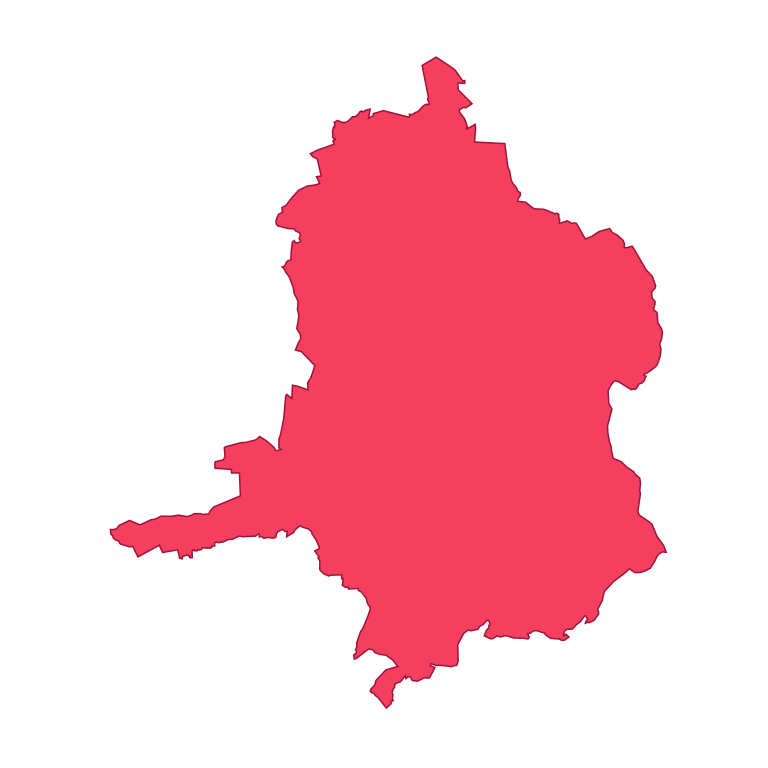 outline of Moinesti, Bacau, Romania, rotated 177°
{"feature_id": "2599482B46572722657661", "entity_name": "Moinesti", "entity_type": "district", "adm_level": 2, "iso_a3": "ROU", "parent_name": "Romania", "parent_adm1": "Bacau", "projection": "mercator", "projection_center": [26.472, 46.47], "detail": "fine", "context": "isolated", "style": "filled", "palette": "rose", "viewbox_px": 768, "rotation_deg": 177, "n_neighbors": 0, "source": "geoboundaries", "source_scale": "gbopen_adm2", "svg_char_len": 6131}
<svg xmlns="http://www.w3.org/2000/svg" viewBox="0 0 768 768"><g transform="rotate(177 384 384)"><path d="M479.6,506.2L477.7,504.2L476.3,501.0L472.9,495.6L469.6,485.1L468.9,478.9L465.9,472.3L465.6,469.6L466.6,462.8L465.7,458.9L465.6,455.6L468.2,443.8L464.9,437.8L464.8,433.5L467.3,429.8L470.7,422.5L464.8,420.7L452.1,406.0L456.5,394.5L460.2,389.3L460.1,382.1L470.2,386.2L475.5,387.6L476.8,374.4L481.7,378.7L482.8,377.0L486.0,354.5L489.9,339.2L491.8,334.6L492.3,325.7L489.9,324.0L495.5,323.0L497.0,326.2L499.8,329.1L504.5,333.5L511.0,338.1L514.3,335.2L516.4,334.6L525.2,332.9L529.9,332.9L545.5,329.6L546.8,328.8L546.6,319.5L548.5,316.7L556.5,315.2L557.1,313.6L557.2,308.7L540.9,306.7L540.9,303.1L533.0,302.8L533.3,279.8L560.6,270.1L564.3,266.3L565.9,263.3L572.1,263.3L574.5,264.2L580.6,264.4L583.2,263.0L587.6,261.9L596.1,263.8L603.9,263.0L613.4,263.7L619.3,261.1L624.1,260.5L635.1,256.1L645.2,261.1L655.9,256.7L658.2,253.9L659.4,253.3L662.3,252.7L664.8,253.1L664.8,248.5L662.6,246.4L662.6,244.6L660.2,242.3L657.3,241.2L656.2,238.6L655.2,237.9L646.3,234.6L643.5,235.1L638.8,224.2L616.8,234.7L613.9,227.3L598.7,229.2L597.2,220.7L594.6,220.0L594.1,222.5L588.3,223.7L588.3,222.5L587.0,222.5L587.0,220.7L584.5,220.6L584.5,227.2L583.7,227.3L583.6,228.4L582.2,228.3L581.7,227.3L579.3,227.2L578.8,228.5L577.3,227.8L575.0,228.3L574.1,230.0L566.4,229.1L566.3,229.7L564.6,229.8L564.7,231.1L561.5,231.2L561.4,234.1L560.2,234.9L557.7,234.2L552.8,234.7L547.5,236.9L543.8,236.8L536.1,239.8L533.3,238.9L520.3,238.8L517.0,240.9L516.3,240.4L516.6,237.9L513.6,237.9L512.1,236.2L507.9,236.9L503.3,235.9L500.2,236.4L499.2,240.0L497.9,241.9L492.6,244.2L490.9,242.0L488.3,241.9L489.3,236.5L482.3,240.3L480.2,243.3L475.9,246.4L474.6,246.7L473.0,245.3L467.2,243.3L463.9,240.0L464.0,238.8L459.7,231.2L457.2,224.4L457.7,222.8L461.9,220.9L458.0,214.8L459.1,213.9L457.3,210.4L457.9,202.4L457.2,200.9L454.0,197.6L449.3,195.2L446.6,195.9L436.3,195.6L436.5,191.7L435.0,191.5L436.1,185.2L433.1,182.9L430.1,182.9L430.2,181.1L420.4,181.2L420.5,179.3L417.3,177.3L413.1,171.1L412.2,166.8L411.2,164.1L410.0,162.7L409.4,160.2L412.2,153.1L418.0,140.9L420.4,137.8L424.7,127.2L424.9,123.0L426.3,120.1L425.5,118.7L425.9,116.7L428.5,115.0L428.1,110.9L426.0,111.4L413.2,120.2L409.1,119.2L407.1,116.2L402.5,114.2L396.3,113.1L390.0,108.2L385.0,101.3L397.2,98.3L407.6,88.3L408.6,84.8L409.7,83.2L413.3,79.8L413.3,78.2L413.9,77.7L412.0,76.1L410.5,75.8L408.8,73.2L406.4,71.2L398.6,60.3L393.6,64.4L393.6,66.7L391.4,67.2L392.1,69.1L391.3,73.3L392.1,75.3L390.8,78.8L389.5,80.2L388.8,83.5L386.1,85.1L383.3,85.6L378.0,91.4L377.5,90.9L377.5,88.7L375.3,90.2L373.5,90.2L372.7,89.9L371.9,87.2L370.9,86.3L365.9,85.5L358.9,88.6L355.1,87.9L353.7,88.4L348.0,98.2L352.4,100.0L351.6,102.3L347.1,100.3L340.7,99.9L331.0,98.1L329.7,98.9L326.2,99.2L324.5,103.2L324.0,119.9L317.6,130.6L314.4,132.9L312.1,133.9L310.6,133.0L302.9,134.1L301.3,137.0L297.4,138.7L294.1,142.1L292.4,142.8L291.2,140.8L290.6,138.2L292.1,137.4L291.9,135.4L294.8,132.3L297.1,127.3L290.6,123.9L288.4,124.1L284.4,126.6L281.1,125.3L275.5,126.3L267.4,123.5L259.0,123.0L253.6,121.9L252.1,123.5L253.7,127.3L251.0,127.5L247.6,129.7L244.5,129.7L236.1,126.6L236.2,125.7L235.7,124.9L230.7,121.2L222.6,120.2L219.9,118.7L217.2,118.7L212.5,121.7L215.4,124.6L216.4,124.3L216.8,122.9L217.8,122.9L217.8,125.2L216.0,128.5L213.7,129.4L208.6,129.4L204.6,133.5L199.7,136.9L196.0,141.7L194.5,141.9L193.0,138.0L194.5,136.9L195.4,134.6L192.9,135.4L191.5,134.9L186.6,137.0L181.7,142.9L181.7,145.7L182.4,147.9L177.2,156.5L176.4,160.7L174.8,165.2L165.0,174.8L152.1,183.5L148.8,186.7L143.8,182.8L142.1,182.4L138.5,182.3L134.4,183.2L127.8,186.0L122.8,193.0L120.1,198.1L117.5,200.4L114.5,201.8L111.0,201.1L113.2,208.1L119.3,217.4L123.6,229.7L126.1,232.2L135.8,239.6L137.2,243.2L133.7,260.9L134.2,264.4L133.0,271.5L133.6,276.8L138.2,281.0L138.9,283.0L146.0,288.4L151.2,294.0L159.0,297.8L160.4,306.1L160.4,309.2L161.9,314.9L163.0,323.2L163.0,330.4L157.7,347.0L160.5,352.8L160.6,365.6L157.8,370.4L153.9,375.1L149.8,374.1L137.4,365.4L135.0,365.9L133.4,365.5L131.8,366.9L129.4,370.7L126.5,371.4L124.0,373.6L121.9,378.1L123.1,378.4L124.1,379.7L117.3,383.2L111.6,387.3L109.9,389.4L106.6,397.7L105.6,404.2L106.6,409.7L104.6,413.9L103.2,421.1L104.1,424.9L107.3,431.0L107.5,440.1L107.9,441.4L110.8,444.0L110.7,445.7L109.2,449.6L109.0,452.3L111.7,455.6L112.0,461.0L111.2,462.6L108.3,465.5L107.6,467.9L110.4,477.4L116.2,484.2L128.4,508.0L129.1,508.7L133.8,507.5L137.0,507.5L136.5,511.0L137.6,514.9L142.9,520.2L148.2,523.5L150.5,527.4L161.3,525.0L168.8,520.5L175.4,518.3L183.5,534.4L185.9,534.9L187.8,534.4L192.4,537.3L200.5,535.3L199.9,539.4L200.7,539.5L200.6,544.5L202.5,545.5L204.4,545.1L215.1,550.1L224.9,551.1L233.1,558.1L241.0,559.5L240.6,561.5L237.9,565.4L238.0,568.2L240.2,569.3L241.5,573.1L245.1,578.0L246.3,581.0L247.4,590.2L248.8,593.7L249.1,596.1L250.8,617.8L280.9,620.9L279.2,634.4L279.3,638.5L288.2,634.2L288.3,634.9L287.2,635.6L288.4,641.0L289.9,645.0L294.4,651.7L294.2,653.9L290.5,656.0L287.8,655.5L281.4,659.3L294.3,673.7L294.6,680.1L293.8,680.7L287.7,679.9L287.4,682.8L289.5,682.5L296.1,693.1L298.7,695.7L314.8,707.7L329.3,700.1L324.6,667.7L325.7,666.3L324.0,661.5L325.2,660.5L325.9,661.1L327.4,661.1L330.2,659.7L336.4,653.9L337.5,653.9L341.8,651.6L344.5,652.0L344.3,650.8L345.0,649.1L370.3,657.0L380.5,654.6L380.5,652.8L385.5,650.2L383.4,659.3L388.3,658.3L390.4,656.6L392.0,657.8L393.5,657.4L396.3,654.1L399.0,652.4L401.4,652.6L406.2,648.3L408.9,647.2L412.1,647.5L416.7,649.6L420.1,647.9L419.6,647.1L419.5,644.6L419.9,642.9L420.6,643.6L421.1,642.6L422.3,638.7L422.0,634.8L422.5,633.5L421.3,631.4L420.1,631.8L419.7,630.7L422.3,629.2L421.2,626.1L437.8,621.2L445.5,617.9L443.2,614.7L438.9,612.3L435.8,595.0L440.6,594.6L437.8,587.5L443.6,586.2L449.8,585.8L458.8,582.2L466.3,574.9L472.5,567.5L476.7,565.5L476.4,560.8L480.4,559.0L482.2,555.7L483.3,552.8L483.3,549.5L481.7,547.4L470.9,544.1L465.9,543.7L464.0,541.3L460.7,539.6L459.6,536.8L460.9,534.8L460.9,533.0L459.9,531.6L460.0,530.2L465.0,529.4L466.1,532.0L468.1,530.6L469.7,521.2L470.5,512.7L473.5,512.2L475.4,510.4L476.9,507.1L479.6,506.2Z" fill="#f43f5e" stroke="#9f1239" stroke-width="1.5"/></g></svg>